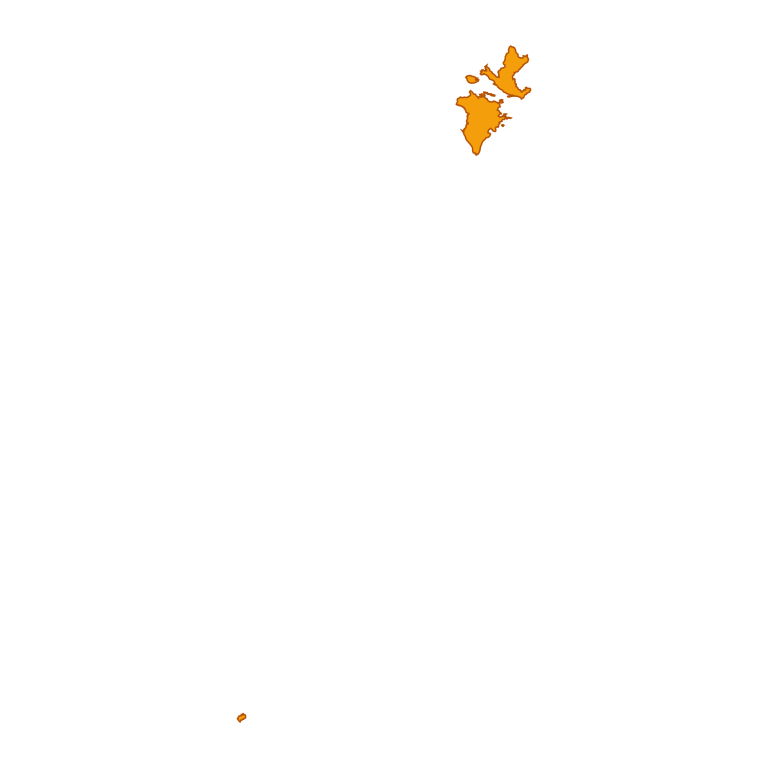 Puntarenas, Puntarenas, Costa Rica (Natural Earth projection)
{"feature_id": "36466004B9758970649099", "entity_name": "Puntarenas", "entity_type": "district", "adm_level": 2, "iso_a3": "CRI", "parent_name": "Costa Rica", "parent_adm1": "Puntarenas", "projection": "natural_earth1", "projection_center": [-85.046, 7.918], "detail": "fine", "context": "isolated", "style": "filled", "palette": "amber", "viewbox_px": 768, "rotation_deg": 0, "n_neighbors": 0, "source": "geoboundaries", "source_scale": "gbopen_adm2", "svg_char_len": 5851}
<svg xmlns="http://www.w3.org/2000/svg" viewBox="0 0 768 768"><path d="M476.1,95.8L475.6,94.3L473.8,94.2L472.2,92.0L470.4,90.7L470.0,91.6L469.5,91.9L469.7,92.7L470.6,93.8L470.6,94.9L469.7,95.9L468.3,96.6L467.7,97.3L465.7,97.5L464.4,97.1L462.5,97.7L460.2,97.1L459.5,98.0L457.8,98.6L457.2,99.9L457.6,102.1L456.6,103.3L456.3,104.4L456.7,104.8L457.4,104.6L458.2,104.9L458.2,105.2L458.6,105.1L458.8,105.4L459.3,105.2L459.9,105.9L461.0,105.7L461.6,106.3L462.1,106.3L462.5,107.0L463.8,107.1L464.2,108.7L464.8,108.7L464.8,109.2L465.5,110.0L466.2,111.9L466.2,112.5L468.2,113.4L468.2,113.7L468.8,113.6L468.7,114.3L467.7,114.9L467.8,115.8L467.1,116.1L467.5,116.6L467.3,117.9L467.6,118.7L467.0,119.7L466.8,120.8L466.5,121.2L466.9,122.0L466.8,123.0L467.3,123.5L468.0,122.9L468.2,123.7L467.2,124.4L466.4,124.6L465.9,126.4L466.1,127.0L465.5,127.5L465.4,128.4L464.6,128.7L464.4,129.3L463.9,129.4L463.9,131.2L462.0,130.4L463.0,131.7L464.3,134.9L465.4,136.7L465.5,137.7L466.2,139.5L471.3,145.6L472.1,147.0L472.6,148.3L472.6,150.8L473.4,152.9L475.4,153.1L475.7,153.6L475.8,154.0L475.5,154.2L475.7,154.7L476.7,155.0L477.0,154.8L477.2,154.1L478.4,153.8L479.7,151.1L480.6,146.3L481.5,144.7L481.6,143.6L482.8,141.3L485.0,139.3L486.0,137.8L487.9,137.4L489.3,136.6L490.4,134.6L490.5,134.0L490.0,133.3L488.4,133.0L488.0,132.6L488.3,130.4L490.5,128.4L492.3,129.8L492.8,130.8L494.6,131.5L495.4,131.4L495.7,131.0L495.8,130.2L495.5,128.4L495.7,127.7L495.9,127.3L496.7,126.8L498.0,127.2L498.5,126.5L498.6,124.6L499.8,123.2L499.2,122.5L500.3,121.8L501.9,121.4L501.8,120.5L502.6,119.5L504.5,119.4L504.8,118.5L506.2,117.5L506.4,117.0L502.2,116.3L501.8,116.7L501.3,116.6L500.8,117.1L500.1,117.2L498.3,115.9L500.0,113.9L501.3,113.8L500.8,112.9L499.6,112.3L499.4,111.2L497.3,110.0L497.9,109.1L497.9,108.3L498.4,107.4L500.2,106.8L499.4,103.6L498.1,103.4L497.9,103.2L498.1,102.7L496.1,102.1L494.9,101.3L494.2,101.7L493.5,101.1L492.2,102.0L490.7,101.9L490.2,101.6L489.2,101.7L487.6,100.2L487.2,98.9L485.6,98.3L483.9,96.5L482.6,96.6L481.8,97.1L480.8,97.1L480.6,96.8L481.1,96.7L481.0,96.2L480.0,96.2L478.5,97.1L478.5,98.0L477.6,97.3L477.0,96.2L476.1,95.8ZM515.6,50.3L514.6,47.9L513.6,47.6L513.3,47.0L512.2,47.1L510.7,46.1L509.5,47.1L508.6,49.5L508.6,52.2L508.0,53.1L506.5,53.7L506.0,55.4L505.3,56.6L505.3,59.3L504.7,60.1L504.4,61.5L503.8,61.9L503.3,62.8L503.3,63.6L503.9,64.4L505.1,65.2L504.9,66.9L503.3,68.0L501.2,68.2L500.6,69.0L500.0,70.4L499.4,70.4L498.2,71.4L498.1,72.3L498.6,72.5L498.4,73.5L499.0,74.8L498.5,75.6L498.9,76.3L498.9,77.2L499.6,77.5L497.2,77.2L495.9,76.4L494.4,74.6L492.5,73.5L492.2,72.4L489.5,70.5L489.6,69.3L489.1,68.5L486.4,66.4L486.8,65.2L485.1,66.5L485.5,66.9L485.2,67.7L485.6,67.7L485.7,69.2L486.6,69.6L486.5,70.9L485.3,70.9L485.0,70.5L484.2,70.8L483.1,69.9L482.4,70.4L481.9,69.9L481.7,70.2L481.9,71.0L480.7,71.2L481.5,72.1L481.4,72.9L480.6,73.1L480.3,73.9L481.1,74.7L482.7,74.6L483.3,74.5L483.8,73.7L484.3,73.6L484.6,74.2L486.7,75.0L486.8,75.4L488.1,76.3L489.5,79.0L493.3,80.5L494.4,81.6L494.9,83.4L493.8,83.4L493.4,83.8L493.5,84.1L495.0,84.6L495.2,85.0L496.2,84.8L497.4,86.1L498.2,87.5L500.8,89.5L502.2,89.9L503.1,91.3L504.2,92.3L505.5,92.6L506.9,93.7L508.5,94.1L509.7,95.1L510.6,94.9L511.6,95.3L513.1,95.1L513.9,95.6L511.9,95.6L511.3,96.0L508.1,96.2L507.7,96.3L507.7,96.7L509.1,97.0L512.0,96.2L514.0,96.1L517.2,96.2L520.8,97.5L521.3,99.0L523.6,97.6L524.3,95.7L525.3,94.5L526.4,94.3L526.9,93.0L527.7,93.0L528.4,92.4L529.7,92.0L530.0,90.7L530.5,90.3L530.5,89.0L529.7,88.3L527.6,88.5L526.5,87.4L526.1,87.8L525.6,87.6L525.4,88.0L525.6,88.5L525.4,90.1L524.0,89.6L522.6,91.4L522.1,91.5L521.9,92.0L521.5,92.0L521.3,91.1L520.5,90.7L520.4,90.0L518.5,89.4L517.4,87.3L515.9,86.5L515.8,86.2L516.3,85.2L516.3,84.1L515.4,83.8L514.8,82.4L515.2,81.5L514.5,79.8L515.0,79.6L514.9,79.1L513.4,78.6L512.8,79.2L512.5,76.8L512.7,75.7L513.6,75.1L514.3,73.7L514.3,72.7L514.9,73.0L515.9,71.9L517.0,71.9L518.1,71.2L519.4,69.1L520.1,68.9L521.3,67.2L522.3,66.6L523.2,65.3L523.3,64.6L524.2,64.4L524.6,63.8L525.5,63.3L526.1,62.7L526.6,62.7L527.8,61.7L528.1,60.1L528.5,59.8L528.5,59.4L527.3,56.9L527.1,56.3L527.4,55.8L527.1,55.0L526.4,55.4L525.6,56.5L523.3,55.7L523.4,56.9L522.3,58.2L519.5,57.6L518.7,57.1L518.1,56.4L517.9,54.2L516.9,53.5L516.1,52.5L515.6,51.3L515.6,50.3ZM477.5,78.2L476.0,78.0L474.7,76.9L471.9,76.2L470.4,75.5L468.0,75.8L467.0,76.5L466.6,76.3L465.8,77.4L467.0,78.9L467.3,80.4L468.4,82.0L469.8,82.8L471.5,83.2L474.4,82.9L478.1,81.2L478.5,80.7L478.7,79.8L477.6,79.5L476.6,80.1L475.5,79.9L475.6,79.2L476.7,79.1L477.5,78.2ZM243.6,714.8L243.3,713.7L243.0,713.7L243.0,714.3L242.5,714.6L241.3,714.5L241.3,714.8L241.9,715.0L242.0,715.4L239.0,716.1L238.6,717.0L238.1,717.2L238.0,718.6L237.5,718.9L239.4,721.5L240.1,721.9L240.9,720.1L241.5,720.2L242.3,719.8L242.6,719.2L243.6,719.3L244.1,718.5L245.4,718.0L245.7,716.5L245.2,715.1L244.8,714.6L243.6,714.8ZM482.1,95.8L483.4,96.1L485.0,95.8L485.0,95.5L484.1,94.6L482.8,94.1L481.5,93.9L481.5,94.2L480.7,94.7L479.8,94.6L480.4,95.5L480.7,95.5L480.8,95.0L481.0,95.9L481.4,96.2L482.3,96.2L482.1,95.8ZM502.7,100.0L501.9,99.6L500.6,99.9L501.0,100.2L501.5,100.0L501.6,100.4L501.1,101.0L499.5,101.0L499.7,102.1L501.2,103.0L502.6,102.7L503.1,102.3L502.3,101.0L502.7,100.0ZM488.6,93.7L488.3,94.3L489.7,94.4L491.5,95.6L494.2,96.1L494.9,95.8L494.7,95.1L493.7,95.2L493.6,94.8L491.4,94.4L491.2,93.8L490.2,94.0L488.6,93.7ZM487.4,92.7L483.9,92.0L483.7,92.4L483.8,92.7L484.7,92.9L485.0,93.4L487.8,93.8L487.8,93.2L487.4,92.7ZM505.2,113.9L503.9,114.1L503.9,114.9L504.2,115.4L503.1,115.7L503.1,116.0L504.2,116.0L505.4,115.5L504.8,114.9L506.2,114.1L505.2,113.9ZM502.4,124.8L501.7,125.1L502.5,126.3L503.1,126.3L503.1,125.9L503.9,125.3L503.5,124.9L502.4,124.8ZM508.1,117.8L506.6,117.9L506.0,118.5L506.7,118.9L506.7,118.7L508.2,118.1L508.1,117.8ZM511.1,118.0L508.8,117.5L508.9,118.1L510.7,118.3L511.1,118.0Z" fill="#f59e0b" stroke="#b45309" stroke-width="1.5"/></svg>